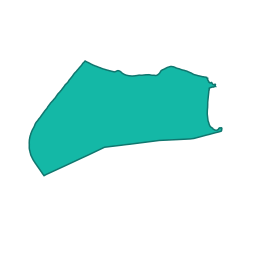 outline of Qishn, Al Mahrah, Yemen, rotated 299°
{"feature_id": "15242507B46563890594581", "entity_name": "Qishn", "entity_type": "district", "adm_level": 2, "iso_a3": "YEM", "parent_name": "Yemen", "parent_adm1": "Al Mahrah", "projection": "equal_earth", "projection_center": [51.542, 15.673], "detail": "fine", "context": "isolated", "style": "filled", "palette": "teal", "viewbox_px": 256, "rotation_deg": 299, "n_neighbors": 0, "source": "geoboundaries", "source_scale": "gbopen_adm2", "svg_char_len": 5678}
<svg xmlns="http://www.w3.org/2000/svg" viewBox="0 0 256 256"><g transform="rotate(299 128 128)"><path d="M45.6,77.7L47.7,79.0L64.2,91.1L79.5,102.2L85.2,106.4L98.4,115.8L99.8,116.8L103.0,121.2L109.7,130.5L112.0,133.6L114.9,137.7L128.4,156.1L132.3,161.4L142.5,177.9L148.6,187.7L150.8,190.7L156.0,196.1L159.7,199.9L159.8,200.0L161.6,202.0L162.9,203.3L166.4,206.9L168.1,208.8L170.3,211.0L170.8,211.1L171.4,211.0L172.1,210.7L172.8,210.5L173.3,210.1L173.5,209.8L173.3,209.1L172.5,208.6L172.5,208.0L171.9,207.7L171.2,207.6L170.6,207.7L169.6,207.1L169.1,206.7L168.6,205.8L168.4,205.1L168.3,204.5L168.4,203.7L168.3,203.2L168.4,202.7L168.8,202.2L168.9,200.9L169.1,199.4L169.4,198.9L169.8,198.2L170.4,197.4L171.8,196.0L173.0,194.6L174.2,193.7L176.6,192.0L178.7,190.5L180.8,189.4L182.6,188.5L184.5,187.7L187.2,186.3L189.2,185.2L192.0,184.0L198.4,181.3L199.9,180.6L200.5,180.6L201.3,180.2L202.1,180.0L202.2,179.8L202.4,179.9L202.5,180.0L203.1,180.3L203.4,180.7L203.8,181.0L204.2,181.5L204.4,181.6L204.7,181.8L205.0,182.3L205.0,182.6L205.3,182.9L205.8,183.4L206.1,183.4L206.4,183.6L206.6,184.0L206.8,184.4L207.2,183.8L207.3,183.6L208.0,183.5L208.4,183.4L208.5,183.3L208.5,182.9L208.2,182.6L207.8,182.4L207.6,182.1L207.4,181.8L207.3,181.0L207.9,179.8L208.0,179.6L208.3,179.2L208.2,178.7L207.7,178.5L207.4,178.2L207.2,178.0L207.2,177.2L207.4,176.4L207.6,176.4L207.9,175.9L208.0,175.7L208.2,175.3L208.4,174.7L208.7,174.5L208.8,174.3L209.1,174.2L209.3,174.0L209.5,173.8L210.1,173.6L210.0,173.2L209.9,172.7L210.4,172.3L210.3,171.9L210.1,171.2L209.8,170.5L209.5,169.7L209.3,169.0L209.0,168.4L208.8,167.6L208.6,166.9L208.4,166.2L208.2,165.5L208.0,164.7L207.7,164.0L207.6,163.3L207.3,162.0L207.1,161.3L206.9,160.4L206.7,159.8L206.7,159.0L206.7,158.2L206.7,157.5L206.7,156.7L206.7,156.0L206.5,155.3L206.5,154.6L206.4,153.8L206.3,153.0L206.3,152.9L206.3,152.3L206.2,151.6L206.0,150.9L205.8,150.0L205.7,149.3L205.5,148.6L205.2,147.8L204.8,145.8L204.7,145.0L204.6,144.1L204.4,143.4L204.2,142.7L204.0,141.9L203.9,141.2L203.8,140.5L203.8,139.7L203.7,139.0L203.6,138.2L203.3,137.5L203.1,136.8L202.9,136.2L202.6,135.6L202.1,135.1L201.7,134.6L201.2,134.2L200.8,133.8L200.2,133.2L199.7,132.8L199.2,132.5L198.7,132.2L198.2,131.7L197.5,131.5L197.1,131.1L196.6,130.7L196.1,130.4L195.6,129.9L195.0,129.6L194.5,129.3L193.7,129.1L193.1,129.1L192.6,129.1L192.0,129.1L191.4,129.0L190.7,128.9L190.2,128.7L189.7,128.5L189.1,128.3L188.6,128.0L188.1,127.7L187.7,127.2L187.2,126.6L187.0,125.9L186.8,125.2L186.4,124.6L186.0,123.9L185.7,123.2L185.4,122.5L185.2,121.7L185.0,121.1L184.7,120.3L184.3,119.8L184.0,119.2L183.6,118.5L183.2,117.9L182.9,117.4L182.7,117.2L182.4,116.7L182.0,116.1L181.5,115.5L181.1,114.9L180.7,114.3L180.4,113.7L180.0,112.9L179.7,112.2L179.3,111.7L178.8,111.1L178.4,110.6L177.9,110.0L177.6,109.5L177.1,108.9L176.7,108.4L176.3,107.7L175.9,107.2L175.5,106.5L175.2,105.9L174.9,105.2L174.6,104.5L174.3,103.9L174.0,103.0L173.8,102.3L173.5,101.4L173.3,100.6L173.2,99.9L173.1,99.1L173.1,98.3L173.1,97.6L173.1,96.8L173.2,96.1L173.4,95.4L173.6,94.6L173.7,93.9L173.7,93.1L173.6,92.2L173.3,91.4L172.9,90.9L172.4,90.5L171.8,90.2L171.3,89.7L170.8,89.3L170.4,88.7L170.2,87.9L170.0,87.2L169.8,86.5L169.6,85.8L169.4,85.1L169.3,84.5L169.0,83.7L168.9,83.0L168.7,82.3L168.5,81.5L168.3,80.7L168.2,80.1L168.0,79.2L167.8,78.4L167.6,77.6L167.5,76.7L167.3,76.0L167.3,75.1L167.2,74.4L167.0,73.6L166.9,72.8L166.8,72.0L166.7,71.1L166.6,70.3L166.4,69.4L166.3,68.4L166.2,67.6L166.1,66.7L166.1,65.9L166.0,65.0L166.0,64.2L166.0,63.3L166.0,62.6L166.0,61.8L165.9,60.7L165.8,60.0L165.8,59.2L165.8,58.4L165.8,58.0L165.0,57.8L164.2,57.7L163.7,57.5L163.1,57.3L162.5,57.1L161.8,57.1L161.3,57.1L160.6,57.0L159.9,56.9L159.1,56.7L158.2,56.5L157.6,56.3L156.9,56.2L156.2,56.1L155.6,56.0L154.8,55.8L154.0,55.6L153.4,55.5L152.6,55.4L152.1,55.3L151.4,55.0L150.9,54.9L150.2,54.7L149.6,54.6L149.0,54.5L148.4,54.4L147.8,54.4L147.2,54.3L146.5,54.3L145.6,54.1L144.9,54.0L144.2,53.9L143.5,53.7L142.4,53.6L141.8,53.4L141.2,53.3L140.6,53.3L139.9,53.3L139.3,53.2L138.6,53.2L138.0,53.0L137.4,52.8L136.9,52.6L136.3,52.5L135.6,52.2L135.0,52.1L134.2,52.1L132.9,51.9L132.2,51.9L131.7,51.7L130.9,51.6L130.1,51.5L129.2,51.4L128.6,51.4L127.9,51.1L127.2,51.0L126.6,50.9L126.0,50.8L125.4,50.6L124.8,50.4L124.2,50.3L123.5,50.1L122.9,50.1L122.1,50.0L121.8,50.0L121.3,49.9L120.6,49.9L119.9,49.8L119.3,49.7L118.7,49.7L118.1,49.6L117.6,49.4L117.3,49.3L116.3,49.1L115.7,49.1L115.1,48.9L114.5,48.7L113.9,48.6L113.1,48.4L112.4,48.2L111.9,48.1L111.2,48.1L110.6,48.0L109.9,47.9L109.4,47.8L108.7,47.8L108.0,47.6L107.3,47.6L106.6,47.6L106.0,47.6L105.3,47.5L104.6,47.3L103.9,47.2L103.1,47.0L102.3,46.9L101.7,46.8L100.9,46.8L100.2,46.6L99.4,46.6L98.8,46.5L98.1,46.4L97.4,46.3L97.1,46.3L96.8,46.2L95.9,46.2L95.2,46.1L94.5,46.0L93.8,45.9L93.2,45.7L92.6,45.6L92.0,45.5L91.4,45.5L90.7,45.4L90.1,45.3L89.4,45.1L88.7,45.0L87.9,44.9L87.2,44.9L86.5,44.9L85.7,45.0L85.2,45.1L84.7,45.2L84.1,45.2L83.4,45.3L81.9,45.3L81.0,45.3L79.7,45.3L79.2,45.4L78.5,45.4L78.0,45.5L77.3,45.6L76.8,45.7L76.1,45.7L75.3,46.0L74.7,46.1L74.0,46.2L73.5,46.3L72.9,46.5L72.3,46.6L71.6,46.9L71.0,47.1L70.3,47.3L69.4,47.7L68.7,48.0L68.0,48.4L67.3,48.7L66.6,49.1L66.0,49.6L65.3,49.8L64.8,50.2L64.2,50.5L63.6,50.8L63.1,51.1L62.5,51.4L61.9,51.9L61.3,52.3L60.7,52.9L60.2,53.4L59.6,53.9L59.1,54.3L58.7,54.8L58.1,55.3L57.9,55.5L57.4,55.9L56.5,57.1L56.1,57.7L55.7,58.3L55.3,58.8L54.9,59.4L54.5,60.0L54.1,60.6L53.7,61.3L53.4,61.9L53.1,62.5L52.8,63.1L52.4,63.7L52.1,64.4L51.7,65.2L51.4,65.8L51.1,66.5L50.7,67.1L50.4,67.9L50.0,68.6L49.7,69.3L49.3,70.1L49.0,70.7L48.7,71.4L48.3,72.1L47.9,72.9L47.6,73.6L47.2,74.4L46.8,75.0L46.5,75.6L46.3,76.2L45.9,77.0L45.6,77.7Z" fill="#14b8a6" stroke="#0f766e" stroke-width="1.5"/></g></svg>